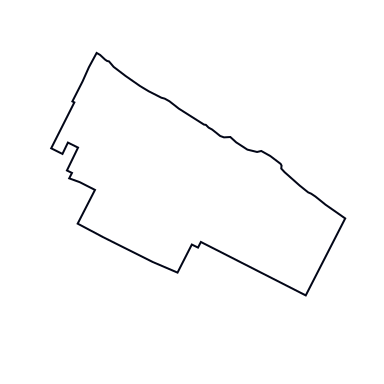 the district of Lincoln, Oregon, United States of America, rotated 117°
{"feature_id": "52423323B15619780159684", "entity_name": "Lincoln", "entity_type": "district", "adm_level": 2, "iso_a3": "USA", "parent_name": "United States of America", "parent_adm1": "Oregon", "projection": "robinson", "projection_center": [-123.957, 44.66], "detail": "fine", "context": "isolated", "style": "outline", "palette": "ink", "viewbox_px": 384, "rotation_deg": 117, "n_neighbors": 0, "source": "geoboundaries", "source_scale": "gbopen_adm2", "svg_char_len": 854}
<svg xmlns="http://www.w3.org/2000/svg" viewBox="0 0 384 384"><g transform="rotate(117 192 192)"><path d="M146.0,43.5L142.7,67.2L140.0,80.0L139.4,85.1L139.6,88.3L137.4,98.9L132.3,118.5L130.6,123.1L127.8,124.2L126.7,125.8L124.4,138.6L124.0,148.9L126.8,152.2L129.1,161.9L127.7,175.2L125.6,182.8L128.8,188.3L129.3,192.3L127.2,202.5L127.1,206.4L125.9,210.1L126.5,212.0L123.7,241.6L121.4,253.3L121.2,258.7L121.9,262.1L121.9,276.3L121.2,286.3L118.8,303.7L116.1,318.6L115.0,321.2L113.3,325.3L113.8,327.1L113.5,329.5L111.6,336.1L111.4,340.1L127.7,340.5L143.0,339.7L165.6,339.7L165.6,337.5L217.0,337.3L216.9,324.7L204.3,325.0L204.2,313.7L229.6,313.2L229.5,307.6L235.6,307.6L234.2,296.4L234.2,279.4L272.1,279.5L272.6,251.1L272.2,195.3L270.4,168.3L238.9,168.3L238.8,161.4L232.5,161.4L232.5,43.7L146.0,43.5Z" fill="none" stroke="#020617" stroke-width="2"/></g></svg>